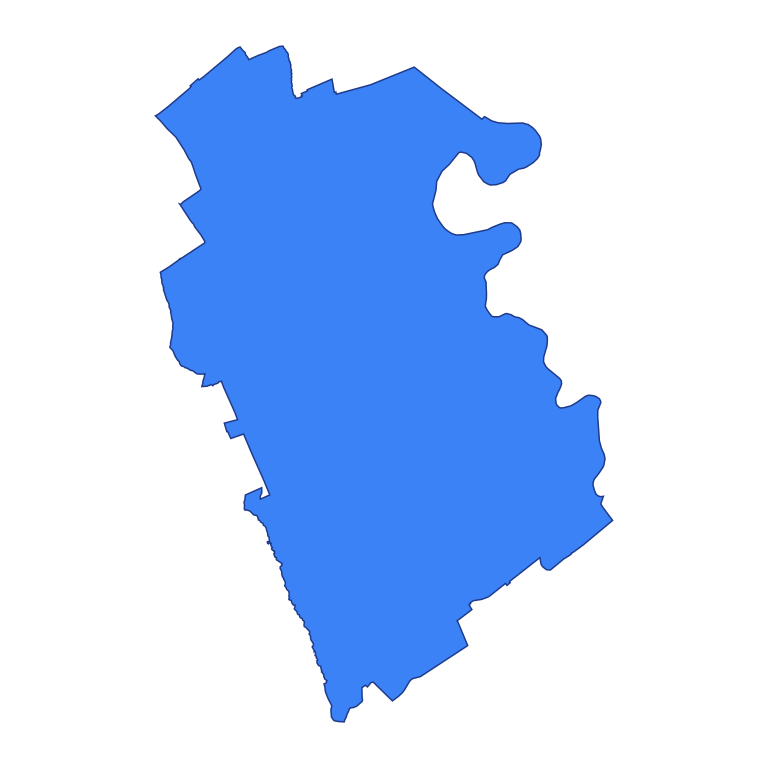 outline of Stefanesti, Botosani, Romania
{"feature_id": "2599482B72313554695447", "entity_name": "Stefanesti", "entity_type": "district", "adm_level": 2, "iso_a3": "ROU", "parent_name": "Romania", "parent_adm1": "Botosani", "projection": "orthographic", "projection_center": [27.182, 47.784], "detail": "fine", "context": "isolated", "style": "filled", "palette": "blue", "viewbox_px": 768, "rotation_deg": 0, "n_neighbors": 0, "source": "geoboundaries", "source_scale": "gbopen_adm2", "svg_char_len": 6066}
<svg xmlns="http://www.w3.org/2000/svg" viewBox="0 0 768 768"><path d="M603.4,496.3L600.9,496.7L598.2,496.0L596.0,494.1L594.4,490.2L592.9,484.7L593.7,480.4L594.4,479.0L599.0,473.2L603.2,466.8L604.0,464.6L605.0,458.9L604.3,454.8L601.4,448.2L599.4,440.8L597.7,416.5L597.8,410.2L600.7,402.9L600.7,401.4L599.4,398.7L595.7,396.4L592.8,395.6L588.5,395.2L585.6,396.2L576.7,402.5L570.8,405.9L563.4,407.8L560.7,408.0L559.4,407.5L557.3,405.6L556.5,404.3L556.0,403.0L555.6,398.4L558.3,391.6L559.2,390.2L560.8,386.4L561.6,383.7L561.3,380.8L559.7,378.5L547.6,368.5L545.7,366.3L543.8,362.4L543.5,361.0L543.8,356.7L546.9,346.1L547.4,340.0L547.2,336.5L546.3,334.9L541.8,329.8L529.0,325.0L522.6,319.6L518.8,317.6L514.8,316.9L511.3,314.8L507.2,313.6L505.6,313.6L498.9,316.8L492.8,316.7L491.5,315.9L489.6,313.6L487.0,309.8L485.7,307.2L485.3,305.7L486.4,298.6L486.5,293.8L486.0,282.0L484.2,277.7L484.8,274.8L486.8,272.2L489.2,270.1L494.6,267.3L498.1,264.2L499.7,260.0L502.7,254.8L512.1,250.4L517.9,246.5L520.8,241.6L521.1,238.6L520.6,233.1L519.8,230.1L517.1,226.8L512.3,223.3L510.8,222.8L504.6,222.8L500.5,224.0L492.4,227.2L487.4,229.8L463.7,234.7L456.4,235.0L452.3,233.8L448.6,231.6L445.1,228.9L442.4,225.8L437.6,218.9L434.6,212.2L433.0,206.6L432.5,203.9L436.0,190.1L436.7,181.3L442.1,171.1L449.2,164.5L458.9,152.5L461.3,152.1L466.4,153.3L471.7,157.3L474.0,160.8L475.0,163.2L477.6,172.6L478.8,175.3L483.9,181.8L487.7,184.0L490.3,185.0L496.3,184.7L503.1,182.5L505.5,180.9L509.9,174.3L518.7,169.1L523.9,168.1L526.6,166.9L533.1,162.7L537.3,158.7L538.9,156.2L539.5,154.9L539.6,152.0L540.2,150.7L541.3,144.8L540.7,139.1L539.6,136.3L535.7,130.8L532.8,127.8L528.3,124.6L522.6,123.0L507.6,123.5L498.3,122.8L491.8,120.9L484.5,116.6L481.9,119.2L440.6,88.0L414.2,67.1L370.5,84.8L336.3,94.2L335.9,92.0L334.3,92.3L332.0,79.1L307.1,89.8L307.4,91.0L301.3,93.5L302.3,95.7L301.2,96.1L301.5,97.0L296.5,98.4L295.4,97.8L295.6,96.7L294.7,95.5L294.1,95.5L293.2,94.0L292.5,89.8L291.7,87.6L292.2,86.0L291.8,84.7L292.0,83.6L291.2,82.4L291.7,80.0L291.2,78.8L291.6,78.3L291.7,75.9L291.3,74.9L291.9,73.4L291.0,72.4L291.6,70.6L290.7,67.8L290.8,64.7L289.9,62.4L290.1,61.8L289.2,60.8L288.6,57.6L288.2,57.0L288.3,54.5L287.3,52.3L286.3,51.6L285.4,49.6L283.8,48.1L283.3,46.4L282.7,46.1L279.3,46.5L269.5,50.6L266.2,52.5L258.3,55.4L248.7,59.7L248.0,57.9L245.6,54.5L245.1,52.5L242.6,50.2L240.1,47.0L238.1,47.7L235.7,49.2L228.2,56.1L203.9,76.5L199.1,80.0L198.1,78.8L190.3,85.7L191.2,86.4L189.3,88.6L167.4,107.2L158.2,114.3L155.4,115.9L160.7,121.1L167.1,128.6L175.8,137.0L184.1,149.8L188.8,158.8L191.1,161.7L192.6,165.5L195.4,174.1L201.0,189.0L199.7,190.5L195.9,193.2L183.2,201.8L181.3,203.9L180.5,204.3L179.7,204.0L189.8,219.6L191.6,222.1L193.4,223.9L194.7,226.8L200.9,234.9L205.0,241.8L204.5,243.0L183.0,257.2L180.1,259.1L179.9,258.7L178.3,260.3L169.1,266.9L160.3,272.3L161.0,274.9L161.1,277.7L161.5,278.2L162.1,283.8L162.8,285.0L163.2,287.0L163.9,287.6L163.4,289.3L166.8,300.0L169.0,303.7L169.2,307.2L170.9,310.7L170.6,312.0L171.5,316.2L171.6,318.4L173.0,322.8L172.7,327.3L173.0,328.5L172.4,330.6L171.7,337.4L170.5,343.0L170.7,344.3L169.9,346.8L170.0,347.7L172.8,350.4L175.3,356.5L177.8,360.4L179.1,361.5L180.1,364.3L181.3,365.9L183.9,366.7L185.1,367.7L187.0,368.1L190.7,370.4L192.8,370.7L196.2,373.4L197.6,374.0L204.4,374.1L205.5,373.5L204.7,374.5L204.1,377.8L203.1,380.7L202.7,383.5L201.8,386.6L207.1,386.2L211.3,384.5L212.9,385.7L213.8,384.5L217.8,383.2L218.5,382.0L221.4,381.3L223.6,387.2L234.9,412.5L237.6,419.7L224.3,423.1L226.8,431.6L227.6,431.4L230.8,438.5L243.6,434.0L251.2,452.1L263.9,480.6L269.8,494.9L260.4,499.1L260.2,496.1L261.8,492.9L261.7,487.7L245.4,495.0L244.8,500.2L244.0,502.2L244.5,505.0L244.3,509.0L245.1,510.2L246.8,509.9L250.0,511.1L253.6,514.8L256.9,515.6L257.8,517.3L258.4,520.0L259.5,520.2L260.7,522.0L263.0,523.4L263.4,525.3L264.8,525.9L266.1,528.0L266.9,531.3L267.4,532.1L268.0,536.1L269.1,537.2L269.2,539.9L269.7,542.0L267.6,541.6L267.3,541.9L267.6,543.3L268.4,543.9L269.6,543.0L271.1,543.2L271.2,543.4L270.7,544.7L271.6,546.8L272.4,547.4L271.5,548.7L272.5,550.3L273.6,550.4L273.8,551.2L274.7,551.4L274.4,552.2L274.8,553.1L273.9,553.6L273.9,554.1L274.9,557.0L276.4,557.6L276.3,559.7L282.0,563.5L281.6,564.2L281.9,565.5L280.3,566.6L280.1,568.5L281.6,571.2L281.8,573.8L282.4,576.7L283.6,578.3L283.7,579.4L284.7,580.6L285.2,582.2L285.4,584.2L284.6,585.5L284.8,586.1L285.9,587.2L286.6,589.2L288.8,591.4L289.2,593.8L288.9,596.5L289.6,597.5L288.7,599.0L289.4,600.0L291.1,600.2L292.1,603.6L292.9,604.1L293.1,604.8L293.6,605.2L295.0,605.0L295.1,606.0L294.3,608.8L295.1,610.0L296.7,611.1L297.4,613.5L298.1,614.6L299.4,614.7L299.7,616.8L300.2,617.5L302.3,618.8L302.6,620.1L304.4,621.5L304.0,625.1L304.3,626.6L305.8,627.3L309.6,631.5L309.8,632.1L309.1,634.2L309.9,634.9L310.6,636.5L310.6,638.4L311.0,640.0L313.1,643.2L313.5,644.5L313.1,646.0L312.4,646.3L312.2,647.0L314.0,650.1L314.1,651.3L314.5,650.7L314.9,651.2L315.6,653.4L315.1,655.6L316.3,656.2L316.5,657.0L316.2,657.8L317.7,659.5L317.6,660.2L316.9,660.7L317.1,663.2L318.6,665.6L320.7,666.2L320.7,667.3L321.3,668.4L321.1,669.2L321.8,670.8L321.5,671.9L322.2,672.1L322.7,673.5L323.8,674.5L323.7,675.9L324.1,677.5L324.6,677.9L324.6,678.9L327.0,680.8L326.4,681.5L326.4,682.8L324.0,683.9L325.0,687.6L325.2,690.4L325.9,693.1L328.2,698.8L331.6,705.3L331.6,706.8L330.9,709.7L331.5,717.3L334.1,720.7L338.3,721.5L344.2,721.9L344.9,719.6L346.4,716.8L346.7,714.9L348.5,711.4L349.4,708.6L350.9,707.8L353.6,707.5L357.0,706.0L362.2,701.3L362.5,700.0L362.1,697.3L361.9,687.7L364.2,686.0L365.4,685.3L367.5,686.9L370.9,682.7L373.1,682.0L392.4,700.9L398.4,696.4L402.3,692.8L404.7,689.6L409.3,681.7L411.2,679.6L412.5,678.7L420.4,676.6L467.7,645.6L457.9,622.0L457.0,620.9L471.9,609.6L469.1,605.0L470.5,603.7L470.0,603.0L473.2,600.7L481.6,599.4L487.6,597.2L489.7,596.0L505.5,583.4L507.0,585.4L510.2,582.7L509.5,581.5L539.9,557.6L540.9,563.5L541.5,565.1L542.7,566.8L546.4,569.7L550.4,570.0L563.9,558.8L569.4,555.5L571.7,553.6L571.7,552.8L573.8,551.9L583.5,544.7L612.6,520.4L602.6,507.0L600.8,503.9L603.4,496.3Z" fill="#3b82f6" stroke="#1e3a8a" stroke-width="1.5"/></svg>